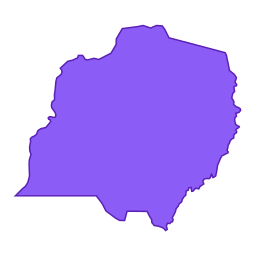 outline of Bakouma, Mbomou, Central African Republic
{"feature_id": "33826404B59000496677715", "entity_name": "Bakouma", "entity_type": "district", "adm_level": 2, "iso_a3": "CAF", "parent_name": "Central African Republic", "parent_adm1": "Mbomou", "projection": "mercator", "projection_center": [22.809, 5.544], "detail": "fine", "context": "isolated", "style": "filled", "palette": "violet", "viewbox_px": 256, "rotation_deg": 0, "n_neighbors": 0, "source": "geoboundaries", "source_scale": "gbopen_adm2", "svg_char_len": 2202}
<svg xmlns="http://www.w3.org/2000/svg" viewBox="0 0 256 256"><path d="M225.2,52.7L169.0,37.8L164.6,29.1L162.2,25.9L156.5,25.5L150.6,28.0L143.1,25.5L137.7,26.6L122.3,28.6L116.3,38.9L116.1,44.5L111.0,53.2L98.7,59.5L94.0,58.3L87.8,59.9L85.3,59.5L82.6,55.4L78.4,55.4L77.6,57.8L72.8,60.1L67.7,61.3L60.3,68.2L61.7,70.2L62.0,72.2L61.1,74.4L56.8,77.9L55.9,81.5L55.0,91.4L54.4,94.7L54.6,98.8L54.0,100.3L52.1,101.9L51.4,105.0L51.8,107.8L55.2,112.6L55.9,115.5L55.1,117.3L53.2,117.4L51.2,116.7L49.3,116.8L48.2,117.9L48.6,119.2L50.3,120.0L50.6,121.8L45.8,127.5L40.8,128.7L37.9,130.6L36.4,134.5L34.2,136.1L31.6,137.3L30.3,138.9L30.6,141.6L29.6,146.9L29.8,150.9L31.0,154.4L29.3,160.0L29.1,164.3L29.5,176.0L27.9,182.3L25.6,186.1L22.3,188.9L15.4,195.8L96.3,195.8L102.2,203.6L105.9,210.9L115.5,218.1L119.6,220.4L124.6,220.5L127.1,211.2L147.0,211.4L149.7,216.5L151.6,219.6L151.8,222.5L154.3,225.6L157.1,225.9L160.3,226.8L163.4,228.1L165.6,230.5L167.3,229.3L166.7,227.4L166.5,225.4L167.6,223.2L169.7,223.6L171.5,221.8L172.5,221.8L173.1,219.6L172.3,217.7L174.7,213.2L175.7,210.7L176.0,208.8L178.2,206.2L178.9,204.2L181.7,201.8L182.3,199.3L184.2,196.5L185.7,195.3L186.2,191.0L188.4,190.1L188.6,188.0L191.0,187.5L191.7,191.3L192.9,191.2L195.6,188.2L198.8,188.9L199.9,186.6L202.5,184.8L203.8,183.9L202.8,181.3L204.1,179.1L206.5,178.5L209.1,178.7L210.3,177.6L211.0,175.2L211.5,174.2L212.1,175.2L212.4,176.7L213.0,177.6L214.8,176.6L215.7,175.9L216.6,171.6L217.6,165.1L220.8,157.7L221.9,155.9L228.0,152.8L228.2,151.9L227.4,151.0L227.1,149.6L227.6,148.5L228.0,146.5L228.0,145.4L229.3,143.5L230.2,140.7L232.2,138.7L233.6,138.1L233.8,137.1L233.8,135.6L234.1,134.7L235.1,133.5L236.3,132.9L236.7,131.7L236.2,130.8L235.8,129.7L236.3,129.1L237.9,128.2L239.3,127.0L238.9,126.2L238.4,126.3L235.8,124.5L234.8,121.5L234.7,118.3L236.5,116.1L235.8,113.2L237.0,113.1L239.1,112.3L240.6,110.4L240.2,108.7L238.6,107.6L236.3,106.8L233.7,104.5L233.9,101.6L231.8,97.9L232.4,95.0L232.7,93.5L234.6,91.5L234.1,88.7L233.8,87.3L235.2,86.0L236.4,85.8L236.7,85.0L236.4,84.0L235.3,82.7L235.1,81.3L236.0,79.3L236.4,77.6L234.3,74.4L229.5,70.5L228.7,66.4L228.2,63.7L227.1,58.9L226.4,55.2L225.2,52.7Z" fill="#8b5cf6" stroke="#5b21b6" stroke-width="1.5"/></svg>